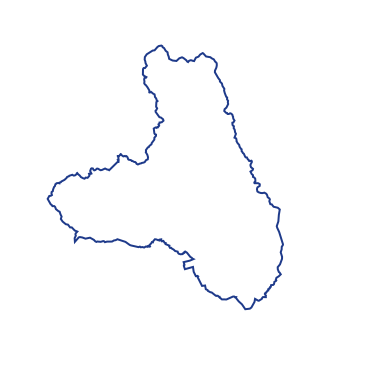 outline of Mueang Lampang, Lampang, Thailand, rotated 311°
{"feature_id": "78962969B84818875496031", "entity_name": "Mueang Lampang", "entity_type": "district", "adm_level": 2, "iso_a3": "THA", "parent_name": "Thailand", "parent_adm1": "Lampang", "projection": "natural_earth1", "projection_center": [99.504, 18.394], "detail": "fine", "context": "isolated", "style": "outline", "palette": "blue", "viewbox_px": 384, "rotation_deg": 311, "n_neighbors": 0, "source": "geoboundaries", "source_scale": "gbopen_adm2", "svg_char_len": 6037}
<svg xmlns="http://www.w3.org/2000/svg" viewBox="0 0 384 384"><g transform="rotate(311 192 192)"><path d="M173.7,115.0L173.4,114.2L173.9,113.6L173.8,113.3L171.3,113.4L170.5,112.4L170.1,112.8L170.1,113.6L169.1,114.3L168.6,115.1L168.0,115.0L167.7,115.6L167.4,115.3L167.0,116.3L166.4,116.8L165.7,116.1L154.1,115.2L153.9,114.0L153.3,113.3L152.7,111.0L149.4,109.5L148.4,108.6L147.9,105.8L147.4,105.0L145.1,104.6L144.2,104.0L144.2,103.0L144.7,101.7L144.0,100.7L143.3,100.5L141.0,101.4L139.9,104.0L139.3,103.7L138.6,102.5L138.2,102.3L137.6,103.4L136.9,103.9L134.2,103.9L133.1,102.3L131.6,102.2L131.0,101.0L130.4,98.4L130.8,96.4L130.7,94.6L131.0,92.9L130.5,92.8L129.6,93.2L127.6,92.7L126.7,91.8L126.5,90.4L123.7,88.7L123.1,88.8L121.5,87.9L120.3,88.1L117.5,87.8L114.2,86.5L113.4,86.6L112.3,85.9L111.6,86.3L111.0,85.1L109.7,84.0L108.9,84.1L108.3,83.8L106.4,84.7L105.3,84.6L102.8,85.5L101.3,86.4L99.9,86.1L98.7,86.9L97.8,88.3L96.5,87.9L95.4,86.9L92.1,87.6L90.0,93.5L90.2,94.6L89.8,95.7L89.9,96.2L90.9,97.1L91.0,97.7L90.9,98.6L89.8,100.5L89.9,103.8L90.3,105.0L88.8,107.5L87.9,109.7L85.6,110.7L84.8,113.8L84.9,117.9L86.0,119.8L85.3,123.2L86.4,124.5L86.0,128.8L86.9,131.4L84.3,131.4L83.5,131.9L82.8,133.0L80.2,133.7L77.6,136.3L83.4,136.3L84.4,136.9L85.7,139.0L86.9,142.2L90.6,145.0L91.5,149.3L91.3,151.4L91.6,152.6L92.5,153.0L94.5,155.8L96.7,157.2L97.1,157.9L97.0,159.2L98.8,160.4L101.5,163.5L102.4,164.3L104.1,164.8L105.6,166.0L107.4,166.7L110.7,174.5L111.2,179.8L111.7,181.1L115.3,187.8L116.6,188.5L116.6,189.5L118.0,190.8L118.7,192.3L120.7,193.0L121.2,194.1L121.9,194.0L122.1,194.8L122.4,194.9L123.0,196.0L123.4,196.0L123.5,194.7L126.5,194.9L127.9,194.6L128.4,195.5L129.5,195.0L132.0,195.0L132.8,196.2L133.5,198.3L134.6,198.6L135.8,199.6L134.8,200.0L135.6,200.6L135.1,201.7L136.3,202.5L135.7,204.7L136.2,205.7L135.3,206.3L136.7,210.1L136.0,210.4L135.4,212.2L136.2,212.9L136.1,214.4L136.5,215.7L136.4,218.0L137.6,220.3L136.9,221.4L136.7,222.4L137.4,224.1L138.7,225.4L139.4,225.3L139.7,225.8L140.6,225.7L141.0,226.1L141.8,225.6L142.6,225.9L142.9,228.0L141.9,233.4L142.2,234.9L142.0,235.9L142.3,237.1L138.8,235.4L133.6,231.7L132.1,234.1L131.4,233.9L130.9,234.3L129.1,237.3L136.1,241.9L132.9,245.6L131.0,250.1L132.3,251.2L132.3,251.8L131.9,251.7L131.4,252.2L127.7,261.2L130.0,263.2L127.7,266.2L128.2,268.1L127.8,268.8L128.4,271.6L129.1,272.8L129.3,277.9L129.5,278.5L130.0,278.7L130.6,279.6L130.5,281.0L131.0,281.6L130.4,282.4L130.6,283.0L130.5,284.9L133.5,288.5L140.1,291.6L140.8,292.4L140.8,293.2L141.5,294.1L140.9,294.2L141.1,294.8L140.8,295.2L140.1,299.0L140.0,303.4L138.5,309.1L141.9,312.2L143.8,312.6L150.0,311.3L152.7,309.7L153.4,313.2L153.8,313.8L157.1,314.8L158.4,314.4L159.3,314.5L160.9,316.5L161.2,316.2L161.4,316.4L161.8,315.8L162.3,315.7L162.8,313.9L163.3,313.6L164.0,314.0L164.5,313.7L164.9,314.0L167.4,313.7L167.7,314.1L168.7,313.4L169.0,313.8L169.9,313.5L170.4,313.9L171.4,313.3L172.1,313.7L173.6,312.8L175.3,314.3L176.3,314.3L178.3,313.1L179.9,313.7L180.6,313.6L180.8,312.8L182.7,312.0L185.3,312.8L188.1,313.0L188.7,310.9L188.6,310.0L190.0,307.4L191.5,306.0L195.1,305.9L200.6,303.8L202.2,302.5L204.7,298.5L207.5,297.3L209.5,295.7L211.5,295.4L212.2,295.0L219.0,284.0L220.9,279.8L221.8,278.4L226.4,276.5L231.8,272.5L236.4,269.7L236.4,267.1L234.4,263.2L235.0,260.3L234.2,259.1L235.8,256.4L237.5,255.6L237.9,254.6L237.7,252.6L239.0,250.6L239.4,249.2L239.0,247.1L237.4,245.9L236.4,244.6L235.5,242.5L235.3,241.0L236.7,239.2L238.0,238.5L238.6,238.4L241.0,239.1L242.2,238.2L242.4,237.8L242.0,236.1L239.7,233.5L239.8,233.0L240.4,232.7L241.7,232.8L243.5,231.0L243.8,229.6L243.4,228.1L244.7,227.0L244.7,225.3L245.8,222.7L248.2,223.4L248.9,223.2L249.5,222.9L249.4,220.3L250.2,218.9L251.0,218.2L253.9,217.5L254.5,216.9L254.6,216.3L253.3,215.4L252.9,214.4L253.4,213.7L253.3,212.6L254.1,210.8L253.4,209.8L253.5,209.0L254.9,206.0L254.8,204.8L255.2,204.0L255.3,202.8L256.8,201.4L256.7,200.7L257.4,198.2L258.5,196.7L258.8,194.3L259.6,192.2L260.2,191.8L261.4,190.2L260.9,188.4L264.7,187.0L265.4,185.3L267.1,183.2L267.5,181.6L269.1,180.5L269.0,179.0L269.8,177.9L270.8,177.0L271.7,177.6L273.8,177.2L274.3,175.4L275.0,174.3L275.7,173.7L276.1,172.7L276.7,172.0L276.9,170.4L276.4,169.1L275.0,168.6L274.2,167.6L274.6,166.6L274.1,165.8L274.3,163.2L275.9,162.3L278.3,162.6L282.1,161.6L283.3,160.1L284.5,159.4L284.9,157.7L286.4,156.5L286.3,155.4L288.2,151.8L289.6,149.7L291.1,148.7L292.0,145.5L293.5,143.4L293.7,140.6L294.7,139.7L295.2,137.1L297.4,130.7L298.7,129.7L301.8,128.8L303.6,127.8L305.0,126.6L305.6,125.6L305.6,123.9L306.4,121.5L305.8,119.0L305.8,117.5L303.5,113.7L304.0,109.5L303.8,108.9L301.1,108.0L298.4,108.1L295.9,106.8L292.2,107.7L291.4,106.3L291.1,105.3L290.4,104.4L289.0,103.7L287.5,103.8L287.3,102.8L287.7,101.2L287.5,97.6L287.1,96.1L284.6,94.7L280.7,94.3L278.5,91.1L277.5,87.4L278.9,85.6L279.9,83.6L281.4,81.9L281.3,79.5L282.3,76.5L282.0,74.9L282.6,73.9L282.4,72.8L280.4,71.2L278.9,70.8L274.4,70.8L272.9,69.5L266.2,67.5L262.9,67.9L260.8,69.5L260.0,71.0L258.8,72.4L257.7,75.1L254.7,75.2L253.8,74.2L252.6,74.4L248.4,77.9L248.2,79.7L248.8,82.2L248.1,82.3L247.2,81.5L246.7,81.4L245.6,82.0L243.9,83.9L242.8,84.5L242.3,85.8L242.4,87.0L241.8,89.8L240.6,93.3L239.2,94.4L239.4,94.9L240.7,95.5L240.7,98.0L241.1,99.7L239.4,101.8L239.1,103.6L238.1,105.1L238.0,106.3L236.5,106.1L232.8,109.0L232.3,110.8L230.4,111.3L229.4,111.2L228.6,112.0L227.1,118.3L227.8,119.7L227.9,122.5L227.1,123.7L224.8,123.4L223.1,121.9L222.3,122.5L221.1,122.3L220.5,123.7L218.4,123.8L218.3,123.3L217.3,123.2L217.3,122.7L216.7,122.1L214.8,121.5L211.6,125.1L211.3,126.0L211.7,127.2L210.7,128.0L208.3,128.0L206.8,129.2L202.5,129.5L201.4,130.1L198.9,129.6L197.5,129.9L196.7,129.4L193.4,129.7L192.5,130.7L191.7,131.0L190.8,133.8L189.4,136.0L187.6,137.2L185.8,136.4L183.8,136.7L182.6,136.3L180.9,135.0L180.0,134.7L179.4,134.1L177.3,133.1L176.9,131.7L177.3,130.8L177.4,129.6L176.8,128.7L176.3,126.6L175.9,126.1L176.1,125.7L175.9,124.8L174.8,122.9L174.9,122.2L175.9,120.6L176.1,119.0L175.2,118.3L175.2,117.7L173.8,116.8L173.7,115.0Z" fill="none" stroke="#1e3a8a" stroke-width="2"/></g></svg>